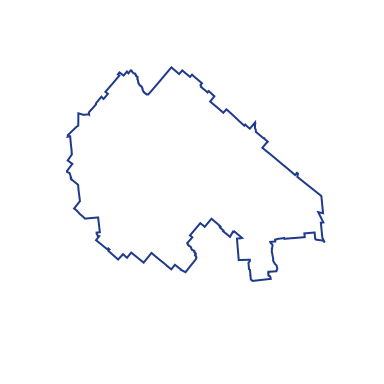 Longreach, Queensland, Australia, rotated 304°
{"feature_id": "25037944B74261156915694", "entity_name": "Longreach", "entity_type": "district", "adm_level": 2, "iso_a3": "AUS", "parent_name": "Australia", "parent_adm1": "Queensland", "projection": "albers", "projection_center": [143.955, -23.876], "detail": "fine", "context": "isolated", "style": "outline", "palette": "blue", "viewbox_px": 384, "rotation_deg": 304, "n_neighbors": 0, "source": "geoboundaries", "source_scale": "gbopen_adm2", "svg_char_len": 5638}
<svg xmlns="http://www.w3.org/2000/svg" viewBox="0 0 384 384"><g transform="rotate(304 192 192)"><path d="M168.4,58.1L170.0,59.9L164.7,64.2L157.7,70.1L157.2,70.2L156.0,71.4L148.6,71.3L148.4,77.1L139.4,76.6L138.7,77.4L139.3,79.8L139.1,80.1L136.2,83.8L136.0,83.5L135.1,84.3L135.1,85.2L134.9,85.4L135.0,85.5L134.3,93.4L133.9,93.9L130.8,96.3L121.8,104.2L112.4,103.5L112.2,106.6L111.0,111.5L110.7,114.7L110.1,118.2L113.9,122.8L118.4,128.4L107.1,138.1L105.0,135.6L104.5,136.0L104.4,136.2L103.9,136.4L103.8,136.5L103.7,136.8L103.7,137.1L103.6,137.4L103.2,138.2L103.0,138.4L102.8,138.5L102.9,139.1L103.3,139.4L103.4,139.5L103.5,139.8L98.4,139.4L97.1,154.0L98.4,154.1L98.2,155.6L97.3,155.1L96.4,155.7L94.7,168.5L101.9,169.6L101.1,174.9L107.8,175.5L106.4,191.4L118.8,192.5L117.9,200.8L117.3,208.5L116.8,213.0L116.7,213.0L116.3,218.1L122.1,218.5L121.5,226.5L121.3,226.5L121.9,231.5L131.4,232.2L138.3,232.8L139.2,232.5L139.3,232.6L139.9,232.4L140.3,232.2L140.5,231.9L140.7,231.7L140.8,231.1L141.1,230.7L141.1,230.3L141.4,230.4L141.5,230.4L141.8,230.4L141.9,230.2L142.0,230.1L142.0,229.8L142.0,229.7L142.7,229.7L142.9,229.7L143.0,229.6L142.9,229.4L142.7,229.2L142.8,229.0L143.1,228.9L143.5,228.7L143.6,228.3L143.3,228.3L143.3,227.8L143.4,227.6L143.5,227.6L144.4,227.1L144.5,226.7L144.3,226.3L144.3,226.1L144.2,226.0L144.2,225.9L144.3,225.7L144.3,225.4L144.2,225.3L144.1,225.1L144.1,224.6L144.0,224.4L144.0,224.2L144.3,223.8L144.3,223.7L144.4,223.4L144.6,223.3L144.8,223.0L145.1,222.8L145.7,221.8L145.8,221.5L145.8,221.0L145.8,220.8L145.8,220.6L145.8,220.2L145.7,220.0L145.7,219.9L145.7,219.7L145.7,219.2L145.7,218.9L145.8,218.8L146.0,218.8L146.1,218.7L146.1,218.3L146.0,218.1L146.3,217.7L146.5,217.7L146.8,217.4L146.7,217.2L146.8,216.9L146.9,216.6L151.3,217.2L154.6,217.6L154.9,214.6L170.8,216.3L170.4,221.0L170.3,221.3L170.2,222.0L180.7,223.1L180.0,229.7L179.8,231.8L179.6,232.9L179.5,234.1L179.1,234.1L179.0,235.3L178.2,235.2L177.6,239.7L176.9,239.6L176.1,248.6L182.0,248.1L182.0,249.0L183.0,249.1L181.9,259.2L181.7,259.0L181.5,258.9L180.9,258.3L178.5,255.3L161.7,268.8L168.2,277.8L167.2,278.6L164.9,278.4L159.9,282.4L159.8,283.6L156.3,286.5L156.2,286.5L155.5,287.2L155.3,287.2L155.3,287.3L152.5,289.6L152.5,290.3L152.2,290.6L152.2,290.8L152.1,291.9L164.0,305.8L164.2,305.5L164.4,305.4L164.4,305.2L165.2,304.7L165.8,303.7L165.7,303.3L165.4,302.7L165.4,302.1L166.1,301.6L166.2,301.4L166.6,301.3L167.1,301.2L167.4,300.4L167.7,300.4L168.6,299.9L169.4,301.0L169.5,301.4L169.9,301.6L170.1,301.9L170.2,302.1L170.8,302.8L170.9,303.0L173.5,306.3L174.5,305.9L175.2,305.9L175.6,305.8L176.3,305.5L176.9,304.6L177.7,303.9L178.4,303.1L178.5,302.8L178.7,301.3L178.9,300.5L179.5,299.7L179.6,299.1L179.8,298.7L180.4,297.9L180.5,297.7L180.7,297.4L180.9,297.2L181.3,297.1L181.7,297.0L183.5,295.2L183.9,294.8L184.2,294.5L184.6,294.0L184.7,293.9L185.0,293.7L185.5,293.3L186.3,292.4L186.7,292.1L186.8,291.8L187.2,291.5L187.7,291.1L188.1,290.9L188.3,290.8L188.7,290.6L189.1,290.5L189.4,290.3L189.6,290.1L189.7,289.8L189.9,289.7L190.7,289.6L191.2,289.4L192.0,289.0L192.8,288.6L193.1,288.4L193.3,288.1L193.4,287.9L193.5,287.4L193.5,286.4L193.6,286.0L194.0,285.4L194.4,284.8L197.5,288.7L199.0,287.5L199.4,288.0L199.6,288.1L200.2,288.8L200.9,289.1L205.4,294.2L204.8,294.8L206.6,296.9L206.7,297.1L210.1,301.2L210.1,301.4L217.6,310.7L220.5,308.3L227.0,316.3L222.2,320.2L222.2,320.6L221.9,320.8L221.8,321.2L222.7,323.2L222.7,323.3L223.1,324.0L225.0,327.7L224.5,329.6L224.4,330.2L227.0,325.6L238.6,316.0L240.2,317.9L245.9,307.9L247.7,312.5L261.0,301.5L263.4,270.9L266.4,269.6L266.6,268.3L263.7,268.0L264.4,261.8L265.3,254.0L265.2,254.0L267.3,234.1L267.2,234.1L267.7,228.5L268.0,225.6L275.3,226.4L275.3,226.6L276.1,226.7L276.6,221.9L277.0,221.7L276.6,220.9L277.4,213.0L277.5,212.4L277.5,211.4L279.1,210.2L279.5,209.7L279.7,209.3L280.0,208.7L280.3,208.4L280.5,208.3L280.7,208.1L281.1,207.8L281.4,207.6L281.5,207.6L281.9,207.1L282.3,207.1L282.9,206.7L283.4,206.3L284.3,206.2L284.5,206.0L284.6,205.6L284.9,205.4L276.8,204.5L277.2,201.3L277.7,198.4L276.2,198.3L277.4,189.9L277.5,189.7L277.8,187.7L278.7,182.3L279.8,174.3L275.2,173.7L276.1,166.5L277.1,156.5L283.9,157.0L284.2,154.6L284.3,154.6L285.0,149.4L283.2,149.2L283.4,148.4L284.1,140.9L284.6,141.0L284.7,140.9L284.8,139.9L285.4,139.2L287.7,139.5L288.4,133.6L288.9,129.0L289.3,126.4L286.3,126.0L287.0,118.9L287.4,116.0L282.6,115.4L283.8,105.2L265.1,103.2L252.9,101.8L248.4,101.2L248.2,100.8L247.9,100.5L247.8,100.3L247.7,100.1L247.8,99.8L247.5,99.7L247.5,99.4L247.6,98.8L247.5,98.5L247.5,98.2L247.7,97.8L247.8,97.5L247.7,97.2L247.7,96.5L248.0,96.3L248.0,96.1L248.2,95.7L248.2,95.4L248.4,95.1L249.0,93.9L249.4,93.6L249.6,93.6L249.9,93.4L250.2,92.7L250.4,92.4L250.7,92.3L250.8,92.1L251.0,91.5L251.3,91.1L251.2,90.9L251.3,90.7L251.3,90.2L251.2,90.0L251.4,89.8L251.4,89.6L251.4,89.3L251.2,88.9L251.6,88.2L252.1,87.4L252.0,87.1L252.2,86.8L252.7,86.2L253.0,86.1L253.3,85.6L253.8,85.3L254.4,84.7L254.5,84.5L254.9,84.0L255.0,83.6L255.1,83.4L255.4,83.3L255.6,83.4L256.2,83.2L256.5,82.7L256.8,82.5L256.7,82.4L256.9,82.1L256.8,81.8L256.9,81.6L257.0,81.4L256.9,81.2L256.9,80.7L257.0,80.5L257.1,80.4L257.3,80.5L257.5,80.3L257.7,80.0L258.0,79.5L257.9,79.2L257.9,78.9L258.3,78.5L258.2,78.3L258.1,78.0L257.9,77.7L257.9,76.3L258.2,75.3L258.3,74.9L258.5,74.7L258.8,74.1L258.9,73.8L258.8,73.6L258.6,73.2L254.8,72.9L255.5,70.7L250.3,70.2L250.6,65.0L248.1,64.8L247.9,66.7L236.3,65.4L226.6,64.2L226.3,67.4L220.0,66.7L219.6,66.6L220.4,63.6L211.8,62.8L211.0,63.4L205.2,62.7L204.3,62.5L200.3,62.0L198.6,63.4L198.6,62.9L195.3,58.9L193.7,53.8L183.4,60.6L181.4,59.8L169.9,57.3L169.9,58.0L168.4,58.1Z" fill="none" stroke="#1e3a8a" stroke-width="2"/></g></svg>